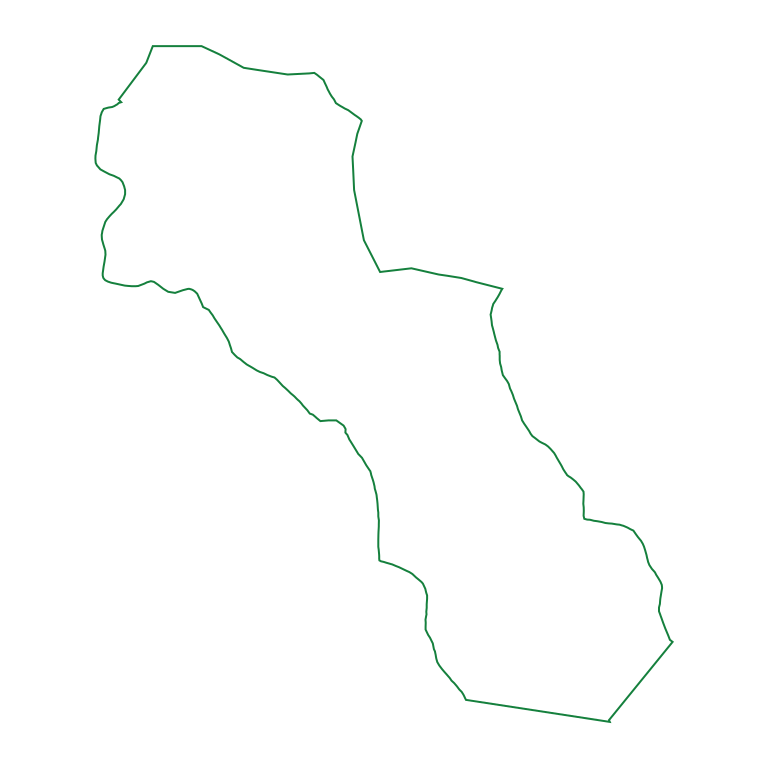 Entrepot, Castries, Saint Lucia (Mercator projection)
{"feature_id": "8701671B30362315223491", "entity_name": "Entrepot", "entity_type": "district", "adm_level": 2, "iso_a3": "LCA", "parent_name": "Saint Lucia", "parent_adm1": "Castries", "projection": "mercator", "projection_center": [-60.98, 14.0], "detail": "fine", "context": "isolated", "style": "outline", "palette": "green", "viewbox_px": 768, "rotation_deg": 0, "n_neighbors": 0, "source": "geoboundaries", "source_scale": "gbopen_adm2", "svg_char_len": 6092}
<svg xmlns="http://www.w3.org/2000/svg" viewBox="0 0 768 768"><path d="M672.6,641.9L669.9,639.8L668.2,635.4L665.3,628.5L663.1,622.7L661.3,617.6L660.5,615.5L660.3,614.8L659.0,611.3L659.0,608.8L659.0,607.5L659.5,605.5L659.9,604.0L660.2,599.9L660.4,598.2L660.7,596.4L661.5,591.4L662.1,588.1L662.0,586.8L661.8,584.9L660.4,581.6L658.0,577.6L656.2,574.8L655.2,572.8L654.7,572.0L651.9,568.9L649.4,565.1L648.1,561.9L647.7,560.1L647.1,557.9L646.5,555.0L645.2,550.4L644.0,546.6L642.7,543.6L642.0,542.5L641.1,540.9L639.7,539.2L637.9,537.0L635.8,534.1L633.4,530.6L630.2,529.1L628.3,528.0L627.1,527.4L623.4,525.8L621.5,525.3L619.7,524.7L616.7,524.4L611.9,523.6L608.8,523.4L605.4,523.0L601.7,522.0L597.2,521.2L595.7,521.0L594.0,520.8L590.2,519.8L589.3,519.7L587.2,519.6L584.3,518.8L583.6,515.8L583.8,511.0L583.7,507.2L583.3,503.8L583.5,500.0L583.7,494.2L583.6,493.0L583.5,491.6L581.8,489.2L580.8,488.0L579.0,485.5L575.7,481.6L573.1,479.4L570.8,477.6L568.5,476.2L567.0,475.0L566.5,474.1L565.3,472.4L563.3,469.3L562.6,467.9L561.7,466.1L560.8,464.5L559.9,463.0L557.6,459.1L556.6,457.4L555.8,455.8L554.6,453.8L554.2,453.1L550.5,448.9L548.9,447.3L548.1,446.5L545.4,444.5L542.3,443.0L541.5,442.6L539.3,441.4L536.5,439.2L535.1,438.1L532.4,436.1L530.6,433.7L529.2,431.1L526.1,426.5L524.1,423.6L523.0,421.8L522.1,420.4L521.6,418.7L520.9,416.4L520.2,414.7L519.3,412.5L518.2,409.8L517.8,408.7L517.0,405.8L515.7,402.7L514.0,398.6L512.9,395.0L511.3,391.1L510.5,389.5L510.0,388.4L508.8,384.0L507.1,381.0L504.9,378.0L503.5,376.0L502.9,375.2L501.7,370.4L501.3,368.0L501.2,367.2L500.1,363.5L499.7,359.9L499.7,355.6L499.6,354.8L499.6,351.7L499.1,350.5L498.1,347.9L497.8,346.4L497.5,344.8L496.0,340.6L495.2,337.6L494.1,333.3L493.9,332.3L493.3,330.0L492.5,327.0L492.0,325.3L491.8,323.4L491.6,321.3L491.1,317.8L490.6,314.5L490.9,313.5L491.7,310.1L492.1,307.8L492.7,306.0L493.3,303.9L495.5,300.7L495.9,300.0L497.8,297.0L499.5,294.0L501.2,290.6L502.3,288.8L476.0,282.1L474.0,281.5L461.3,278.0L447.5,275.8L438.6,274.5L411.4,268.3L388.5,271.0L384.1,271.5L380.1,272.0L374.2,260.4L363.9,240.2L362.8,234.6L362.5,233.1L354.1,190.0L353.2,170.4L352.5,156.5L355.5,142.6L357.3,133.8L359.2,128.4L361.8,120.9L360.7,119.3L360.0,118.8L358.8,117.8L356.0,115.8L354.9,115.1L348.3,110.2L345.8,109.0L344.9,108.6L342.4,107.1L340.4,106.0L339.6,105.5L338.8,105.0L335.9,103.1L334.0,99.4L331.8,96.6L330.0,93.7L328.7,91.2L327.7,89.4L326.6,86.7L324.7,82.7L323.5,80.0L319.0,76.4L317.2,74.9L314.3,72.9L313.3,73.0L310.2,73.3L309.3,73.4L301.4,73.8L287.6,74.5L258.5,70.1L243.7,67.8L241.0,66.3L219.4,54.4L201.5,46.1L152.8,46.1L146.3,62.8L120.2,97.6L118.7,99.6L121.2,102.2L118.7,103.0L118.1,103.6L117.2,104.4L116.1,105.0L114.3,106.1L113.6,106.4L112.2,107.0L108.3,107.6L103.7,108.9L101.7,112.4L101.4,113.5L100.5,116.1L100.1,120.0L99.3,126.1L98.7,133.0L98.1,137.5L97.9,139.7L96.9,145.1L96.3,151.1L95.5,155.6L95.4,158.7L95.7,162.9L96.9,165.4L100.4,169.4L101.5,170.0L104.0,171.4L109.5,174.3L113.8,175.8L117.2,177.5L119.3,178.5L121.1,180.3L122.6,182.3L123.0,183.4L124.2,186.5L124.6,188.2L125.1,190.0L125.1,194.2L123.7,199.2L122.9,200.6L120.8,204.1L119.4,205.6L116.3,209.3L113.6,212.1L112.0,213.6L110.4,215.3L109.5,216.3L107.1,219.1L106.0,220.8L105.3,221.9L102.4,230.8L102.1,232.9L101.7,234.9L101.8,237.0L102.0,239.6L102.7,242.0L103.4,244.6L104.7,248.7L105.3,250.8L105.5,254.7L104.5,261.7L103.6,266.7L103.2,269.7L102.7,273.2L102.7,275.5L103.2,277.5L103.6,278.4L105.2,280.2L107.9,281.6L111.2,282.7L113.5,283.2L115.1,283.5L124.8,285.6L127.8,285.9L131.7,286.2L135.7,286.2L136.9,286.1L138.2,286.0L140.8,285.0L144.0,283.8L144.9,283.4L146.8,282.4L149.2,281.7L150.9,281.2L152.8,281.6L154.0,281.9L158.2,284.8L163.3,288.8L168.2,291.8L175.1,292.9L180.0,291.2L182.9,290.2L187.5,289.0L189.0,288.8L189.9,289.0L191.6,289.5L192.9,290.1L194.7,291.3L197.2,293.7L201.8,303.7L203.1,307.1L204.5,307.8L208.8,309.9L210.1,311.8L210.8,312.8L211.5,313.7L212.7,315.3L214.5,318.4L216.0,320.6L217.5,322.8L219.3,325.4L221.0,328.2L222.1,329.9L223.0,331.5L224.4,333.9L227.0,338.1L228.8,341.6L229.1,342.5L229.4,343.5L229.8,344.8L231.0,348.3L232.0,352.0L234.8,355.0L237.4,357.5L238.7,358.2L240.2,359.1L243.6,362.0L245.8,363.7L246.5,364.3L248.7,365.6L249.8,366.2L250.5,366.6L252.7,367.9L256.7,370.4L260.0,372.0L262.1,372.7L263.6,373.2L267.3,375.0L271.7,376.7L274.5,377.5L277.1,379.8L279.7,382.6L282.8,386.0L284.6,387.5L285.3,388.1L288.1,390.7L289.3,391.9L290.8,393.4L293.0,395.2L293.8,395.9L294.6,396.6L296.7,398.8L298.2,400.2L299.4,401.2L301.5,403.6L302.9,405.5L307.3,410.2L309.2,412.8L309.8,413.6L311.6,414.2L312.9,414.7L315.8,417.2L316.4,417.8L320.4,421.1L328.5,420.4L336.3,420.4L343.6,425.6L345.3,428.5L345.6,429.2L345.5,430.6L345.4,432.6L346.3,433.7L347.4,434.9L349.1,438.9L349.4,439.6L349.9,440.3L353.2,445.6L357.7,453.0L358.2,453.9L359.1,454.8L362.0,457.8L366.3,465.3L369.8,470.5L370.3,471.1L371.0,473.7L371.2,474.9L372.5,478.8L372.9,480.0L373.6,482.4L374.1,484.6L374.5,486.2L374.8,488.7L375.4,490.6L376.4,494.3L376.6,495.5L376.8,497.4L377.1,499.6L377.3,501.4L377.5,503.4L377.6,504.8L377.9,509.4L378.0,510.3L378.3,512.5L378.3,516.3L378.5,517.8L378.9,520.3L378.8,524.6L378.8,526.3L378.7,528.4L378.5,531.9L378.4,534.9L378.3,539.8L378.3,541.5L378.3,543.4L378.3,545.7L378.3,546.8L378.7,549.7L379.1,554.3L379.2,556.1L379.2,558.8L379.4,560.4L381.0,561.3L383.7,561.9L386.5,562.8L388.3,563.3L391.4,564.2L392.2,564.4L395.9,566.0L399.0,567.2L406.7,570.9L409.4,572.1L412.4,574.0L416.1,577.5L418.7,579.6L421.5,582.0L422.9,583.6L425.3,588.8L425.8,591.0L426.2,592.6L426.5,593.6L427.1,595.4L427.1,597.1L427.1,598.8L426.7,604.2L426.7,607.9L426.3,611.7L426.5,614.4L426.2,615.8L425.5,619.6L425.6,621.2L425.7,622.1L425.7,623.6L425.6,626.6L425.6,629.6L428.2,635.0L430.0,637.7L431.4,640.6L432.2,642.2L432.8,643.4L433.9,649.1L435.0,651.5L435.2,652.7L435.7,655.0L435.9,656.4L436.3,658.6L437.3,662.1L439.3,665.5L442.1,669.2L444.4,671.9L447.5,675.4L448.0,676.0L449.5,677.7L450.1,678.5L451.5,680.6L453.0,682.0L454.1,683.0L457.0,686.4L459.3,689.5L460.3,690.5L461.7,691.9L463.4,694.6L464.2,696.2L465.2,698.4L465.6,699.1L466.0,699.9L609.8,721.9L609.0,720.1L672.6,641.9Z" fill="none" stroke="#15803d" stroke-width="2"/></svg>